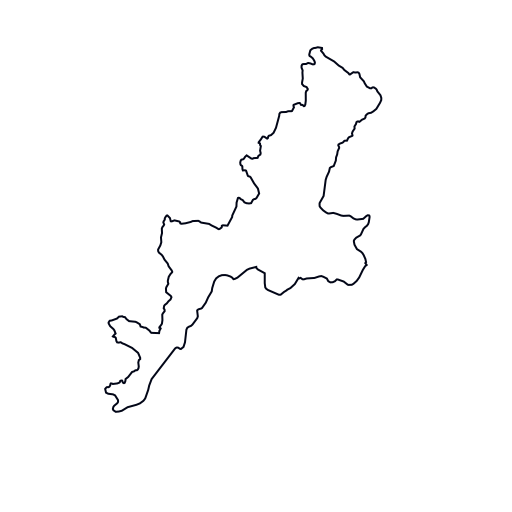 an SVG outline of Mandalay, rotated 216°
{"feature_id": "MMR-3267", "entity_name": "Mandalay", "entity_type": "Division", "adm_level": 1, "iso_a3": "MMR", "parent_name": "Myanmar", "parent_adm1": "", "projection": "mercator", "projection_center": [96.206, 21.524], "detail": "fine", "context": "isolated", "style": "outline", "palette": "ink", "viewbox_px": 512, "rotation_deg": 216, "n_neighbors": 0, "source": "natural_earth", "source_scale": "10m", "svg_char_len": 6111}
<svg xmlns="http://www.w3.org/2000/svg" viewBox="0 0 512 512"><g transform="rotate(216 256 256)"><path d="M277.9,47.5L280.7,47.4L281.9,48.1L282.7,50.1L282.7,51.5L281.7,55.4L281.8,56.7L282.3,57.6L283.1,58.4L288.1,60.4L290.4,60.0L294.6,57.7L297.0,57.3L299.9,59.8L299.8,61.4L299.5,62.3L298.2,63.2L297.8,64.1L297.9,65.6L298.5,66.8L298.6,67.5L297.7,68.1L296.6,68.3L293.3,71.4L292.1,73.3L292.0,73.8L292.4,75.2L291.8,76.1L291.0,76.5L289.7,75.6L288.7,75.3L288.1,75.5L287.7,76.2L288.2,78.1L289.2,79.8L288.3,83.0L288.1,89.3L286.8,91.1L286.4,92.6L285.2,93.6L284.9,94.7L285.1,96.1L285.9,97.7L288.6,100.6L289.6,103.0L289.1,104.5L289.9,105.6L294.4,108.3L302.2,108.8L310.6,107.4L312.7,106.8L314.8,106.7L316.2,105.2L317.6,104.5L318.9,105.1L321.4,107.4L322.6,107.5L323.9,106.8L324.5,106.8L324.3,109.4L324.0,110.7L326.9,112.6L328.5,113.1L332.7,113.5L335.5,114.8L336.2,115.6L336.3,117.6L334.8,119.1L331.7,123.7L331.2,126.4L328.8,128.6L327.6,128.7L326.1,129.5L323.5,128.8L320.4,128.7L314.9,131.9L313.7,132.2L309.9,132.5L307.9,131.1L305.7,132.0L305.0,132.0L303.4,133.0L302.7,133.2L298.3,133.0L296.0,132.3L295.4,132.4L289.1,136.6L290.2,138.8L290.5,141.3L291.0,141.5L292.0,141.1L292.3,141.5L292.2,145.1L292.4,146.1L294.0,149.1L297.4,153.5L297.6,154.8L297.5,157.7L298.5,158.9L299.9,159.4L301.0,161.7L301.0,162.9L300.3,165.2L300.2,168.0L299.6,170.6L300.2,173.0L301.4,173.6L307.4,173.9L309.7,176.7L310.2,178.0L310.6,182.0L312.1,183.2L312.9,184.4L314.4,188.0L314.6,191.2L314.3,193.5L314.4,193.9L314.9,194.3L315.8,194.8L320.6,196.3L323.0,198.0L327.9,199.3L331.0,200.9L333.0,201.5L336.6,201.7L338.1,202.5L339.0,203.7L339.6,208.3L340.7,211.5L343.8,215.2L345.5,219.3L348.3,222.8L348.7,224.3L348.6,226.4L348.8,227.5L350.7,228.7L351.1,229.7L351.2,231.8L351.9,232.8L352.1,234.0L352.1,236.0L351.8,236.6L351.3,236.7L347.9,236.1L345.4,234.0L344.5,234.5L342.9,236.9L338.4,238.8L337.2,238.7L336.9,238.2L336.2,237.9L335.2,238.3L332.3,241.0L328.8,245.2L327.8,247.0L323.4,250.5L322.0,250.8L320.5,250.7L319.6,251.0L312.8,254.4L309.9,254.6L305.0,255.5L302.1,255.7L301.7,256.0L301.3,256.6L300.6,258.8L300.7,259.3L301.4,260.4L300.8,261.4L296.9,263.8L298.2,273.5L299.0,274.8L300.9,284.5L303.1,287.8L304.7,292.3L304.2,293.0L303.3,293.3L301.9,293.0L299.6,293.4L296.9,292.6L294.8,293.1L292.5,294.4L291.0,295.9L291.5,299.6L290.9,301.0L290.0,301.9L289.7,303.3L290.2,308.4L294.1,311.7L300.2,313.6L306.6,316.5L307.6,316.6L309.3,316.0L309.9,316.2L314.2,319.2L315.3,318.9L316.9,317.5L318.0,318.3L319.8,320.5L320.4,320.7L321.7,320.6L322.6,321.1L323.8,322.5L324.5,324.4L324.4,325.4L323.3,326.6L323.0,327.5L323.1,329.9L322.7,331.9L317.0,332.1L315.9,332.7L315.4,333.8L312.4,336.3L312.9,338.5L312.1,340.6L312.7,342.0L314.6,343.6L316.7,347.8L317.9,348.2L318.9,349.4L320.4,349.1L320.7,349.6L320.6,353.2L320.8,356.3L320.6,356.7L319.3,357.4L316.0,357.5L315.7,358.3L316.3,359.8L316.3,360.8L314.9,362.6L314.2,366.0L315.2,371.5L319.6,383.0L320.6,384.7L320.7,386.2L319.9,387.4L316.3,390.2L315.1,392.0L312.5,393.9L312.1,394.5L312.7,398.6L314.0,399.5L314.4,400.4L312.0,404.2L310.7,405.4L310.2,405.5L308.4,404.7L307.1,405.6L305.4,405.3L304.9,405.8L305.1,407.4L307.0,410.9L311.7,417.3L312.3,418.9L311.9,420.3L312.2,421.5L314.4,422.4L317.3,421.6L319.8,422.2L320.7,423.4L322.5,427.1L326.2,431.6L327.4,433.6L329.8,435.1L330.9,436.6L331.2,438.0L330.7,439.0L328.4,440.7L327.3,442.8L325.1,443.8L322.9,444.3L321.9,445.0L321.6,445.5L321.5,446.0L322.2,447.3L323.8,448.3L326.3,449.3L328.8,449.5L330.1,449.3L330.8,449.7L331.4,450.4L332.8,454.0L332.9,454.6L332.3,456.8L331.3,458.4L330.3,459.2L328.7,461.2L324.9,463.1L324.1,462.2L324.3,460.9L324.1,460.3L320.4,459.4L318.7,458.6L316.8,458.3L307.1,459.3L301.0,458.7L296.5,459.1L293.9,458.4L288.7,458.3L287.3,457.8L286.7,458.0L285.3,461.9L283.5,462.8L281.7,464.4L280.7,464.6L279.4,464.1L276.8,461.8L271.4,460.7L269.5,459.6L265.9,458.2L262.4,458.7L261.3,459.4L260.9,460.7L260.5,461.2L259.7,461.7L257.4,461.8L256.2,461.5L254.5,460.5L249.8,459.2L247.5,457.5L246.3,455.7L245.7,452.8L245.1,445.7L246.1,441.9L247.1,439.5L249.0,437.5L249.6,435.7L249.8,434.0L248.9,432.4L248.9,431.1L250.4,428.5L251.1,425.6L251.3,425.2L252.4,425.0L253.1,424.3L253.4,423.3L252.7,421.6L252.5,418.7L251.1,417.0L251.0,413.5L250.4,411.6L248.8,410.3L248.7,409.9L250.6,406.7L250.7,405.4L250.2,402.8L252.0,401.4L252.3,400.6L252.3,399.5L252.7,398.4L254.1,396.4L254.8,394.7L254.5,393.9L252.7,392.9L252.2,392.2L251.5,388.7L250.0,385.8L249.2,382.9L247.5,380.1L246.0,374.5L247.7,371.8L248.0,370.6L246.5,367.2L245.4,361.6L244.4,358.6L236.6,344.3L235.7,336.5L235.3,335.6L233.8,333.7L232.4,333.1L228.6,332.4L225.0,332.4L222.8,332.7L221.9,333.3L218.8,336.3L215.3,337.6L210.9,338.8L208.9,339.8L204.3,343.5L202.8,343.8L199.2,343.7L196.7,344.3L195.4,345.1L191.1,349.1L190.2,353.3L189.5,354.7L188.3,355.3L187.6,355.0L186.9,354.1L184.6,349.6L184.0,347.6L184.1,345.3L184.6,343.9L185.0,341.2L183.8,335.2L183.8,333.9L185.7,329.7L186.0,327.1L185.8,325.9L185.2,325.1L182.9,323.0L178.4,320.9L173.6,321.2L171.6,320.9L169.4,320.0L165.8,317.9L163.3,315.7L163.4,314.5L161.2,313.8L161.7,311.9L161.4,307.6L159.9,299.3L159.9,295.0L160.8,290.8L161.6,289.0L164.3,286.9L165.0,286.7L170.0,286.9L176.0,285.1L176.9,284.5L177.3,282.0L178.5,279.9L180.3,278.4L182.7,278.1L185.4,279.4L189.2,278.8L191.3,278.2L192.9,276.6L195.8,272.6L201.8,267.6L203.6,265.2L204.7,264.5L207.1,264.5L207.9,263.2L208.7,263.3L208.1,256.1L209.3,250.3L211.0,246.9L211.0,246.3L212.2,243.4L213.3,239.2L214.7,238.1L226.4,235.5L228.5,235.5L230.0,236.0L233.0,239.2L238.8,247.2L246.7,246.2L248.8,246.6L249.4,247.3L253.8,242.0L255.2,239.5L258.3,227.6L259.7,225.0L260.6,224.0L262.4,224.5L264.5,224.4L267.9,223.4L269.7,222.5L272.3,220.5L274.1,217.8L275.1,214.5L274.8,210.8L272.6,204.4L271.0,201.3L270.4,194.5L269.2,188.7L269.1,182.2L269.5,181.2L270.9,179.5L271.6,178.1L271.5,177.2L267.6,173.0L267.0,171.2L267.1,163.2L267.5,161.3L268.7,159.4L269.4,157.6L269.0,155.5L262.7,144.4L261.2,139.8L262.1,136.6L263.0,136.2L265.1,136.1L266.2,135.5L266.8,134.6L267.1,133.6L268.1,95.1L266.3,88.5L264.5,84.3L262.0,76.0L261.9,74.6L262.0,72.6L263.3,68.5L265.3,65.3L271.0,58.2L273.6,51.9L275.6,49.5L277.9,47.5Z" fill="none" stroke="#020617" stroke-width="2"/></g></svg>